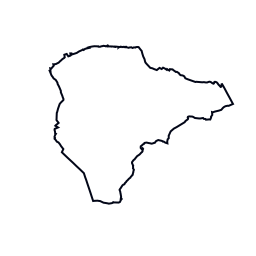 outline of Naranjal, Veracruz, Mexico, rotated 108°
{"feature_id": "50627088B92429931973873", "entity_name": "Naranjal", "entity_type": "district", "adm_level": 2, "iso_a3": "MEX", "parent_name": "Mexico", "parent_adm1": "Veracruz", "projection": "natural_earth1", "projection_center": [-96.958, 18.798], "detail": "fine", "context": "isolated", "style": "outline", "palette": "ink", "viewbox_px": 256, "rotation_deg": 108, "n_neighbors": 0, "source": "geoboundaries", "source_scale": "gbopen_adm2", "svg_char_len": 4747}
<svg xmlns="http://www.w3.org/2000/svg" viewBox="0 0 256 256"><g transform="rotate(108 128 128)"><path d="M201.8,113.8L200.8,112.8L199.8,112.7L199.0,112.5L198.2,112.9L197.4,112.1L197.1,112.3L197.0,112.6L197.0,112.8L196.9,113.1L195.3,113.4L193.3,114.5L193.1,114.5L192.1,115.2L191.3,115.5L189.9,116.5L189.5,116.9L189.1,116.9L188.4,116.7L187.5,116.4L186.4,116.1L185.8,116.0L184.9,115.7L184.4,115.6L183.4,115.0L183.2,114.8L182.7,114.1L182.3,114.0L181.1,113.8L180.3,113.3L180.1,113.2L178.9,112.9L178.1,112.4L177.7,112.2L176.1,111.5L175.3,111.0L174.5,110.4L173.7,110.3L172.8,109.9L172.5,109.7L171.2,109.3L171.1,109.1L170.8,109.1L169.6,109.3L169.1,109.3L168.7,109.3L168.2,109.3L167.6,109.5L165.9,109.5L165.1,110.4L164.8,110.8L163.8,111.0L162.4,111.6L162.2,111.5L160.2,113.3L159.3,113.6L157.3,113.0L156.3,112.5L155.9,112.1L154.7,111.7L151.9,110.6L150.4,109.4L149.6,108.8L147.0,107.6L146.5,107.2L145.6,107.0L144.1,107.3L143.2,107.2L142.7,107.9L143.8,108.6L143.0,109.8L141.8,110.1L141.5,110.2L141.0,109.9L140.3,109.4L139.2,108.9L138.0,107.8L137.1,107.7L136.2,106.0L136.1,105.6L135.9,103.3L135.7,102.4L135.7,101.6L135.6,100.7L135.0,99.7L134.1,98.6L133.9,98.0L131.7,97.2L130.1,95.5L130.0,94.2L129.8,92.3L129.9,90.7L130.1,90.6L129.9,89.7L130.2,88.8L130.4,88.0L130.4,86.9L130.4,85.8L128.9,86.5L127.0,86.7L126.6,86.8L125.2,86.1L123.0,86.8L122.8,86.9L118.2,86.4L117.9,86.3L114.4,84.2L112.1,82.0L108.6,79.0L105.0,75.9L103.6,75.5L102.8,74.9L102.7,74.9L101.8,74.2L101.4,73.9L101.1,73.8L100.7,73.7L100.3,73.8L99.9,74.2L99.4,74.5L99.1,74.4L98.8,74.4L98.3,73.8L97.9,73.0L97.7,71.9L97.3,70.7L97.3,69.5L97.8,67.4L97.0,63.5L96.6,62.2L95.3,59.7L95.9,58.7L95.5,57.2L95.6,56.8L96.0,56.4L94.8,53.6L94.5,52.4L92.4,52.2L91.6,52.5L89.5,51.9L86.9,53.0L86.9,52.2L85.7,50.7L85.0,49.6L83.5,47.1L81.9,44.9L79.5,43.9L78.5,43.3L77.2,42.1L76.6,41.1L76.0,40.0L75.8,39.1L72.7,35.6L71.0,37.4L68.3,40.2L65.6,43.1L64.0,44.8L61.0,47.9L59.3,49.7L57.7,51.5L57.2,52.1L57.5,52.5L58.9,52.3L59.9,52.1L60.3,52.6L59.8,53.5L59.3,54.3L58.7,55.5L57.8,56.6L57.2,57.7L57.1,58.7L57.2,59.6L57.7,60.1L57.9,60.2L58.7,60.0L59.4,60.3L59.4,61.2L59.1,62.3L58.8,63.0L58.7,64.5L58.9,65.0L59.4,65.8L60.1,66.6L60.3,67.0L60.6,67.9L60.8,69.0L60.9,69.9L61.6,71.5L62.9,77.2L63.4,78.1L63.2,86.5L63.0,88.8L62.4,89.5L61.5,90.4L61.2,91.6L61.2,92.8L61.5,94.1L61.1,95.5L60.3,96.2L59.7,98.0L59.5,98.9L59.9,99.8L59.5,101.0L58.9,102.9L58.5,103.7L59.1,106.3L59.9,106.3L60.6,106.5L59.9,109.0L60.7,109.1L60.2,110.8L60.0,111.7L59.8,113.3L61.5,114.2L61.1,116.6L62.0,117.2L64.0,118.5L63.9,121.5L63.7,123.0L63.7,123.5L63.9,125.4L61.3,130.1L60.3,131.7L58.9,132.7L57.5,133.5L55.3,135.6L52.9,137.3L50.4,138.9L50.1,139.5L48.7,141.6L47.8,142.9L47.9,143.7L48.1,144.1L48.5,145.3L49.2,145.8L49.5,147.3L49.9,147.7L50.5,148.5L50.2,149.7L50.9,151.4L51.5,152.1L51.6,153.8L51.6,154.1L51.8,154.7L51.4,154.9L51.7,155.8L52.1,156.0L52.3,156.7L52.1,157.1L52.3,157.6L52.9,158.6L52.8,158.9L52.9,160.0L53.2,160.1L53.6,160.9L53.6,161.3L54.0,161.6L53.7,161.6L54.3,164.6L54.8,164.9L54.9,165.4L54.6,165.6L54.8,166.4L55.1,166.8L55.1,167.1L55.3,168.1L55.4,168.6L55.8,169.1L55.7,169.6L56.6,172.2L55.9,172.4L55.7,172.8L56.8,173.8L57.2,174.1L57.2,174.4L57.1,174.8L57.1,175.3L57.3,175.7L57.4,176.7L57.9,177.4L58.6,178.7L59.0,179.2L59.3,179.6L59.6,180.4L59.8,181.2L59.5,181.5L59.7,182.1L60.0,183.1L60.6,185.2L61.6,187.3L63.0,189.8L63.6,190.6L63.9,189.8L65.9,193.2L67.5,194.3L67.2,195.1L68.0,195.7L70.4,198.3L72.5,200.0L75.3,203.9L74.5,204.7L74.9,205.9L76.4,205.2L76.7,205.0L77.2,205.4L78.3,206.9L76.5,209.2L78.0,211.2L80.4,210.0L81.3,210.5L82.8,211.7L84.7,212.7L85.2,213.1L87.2,214.1L89.4,216.3L89.7,216.8L90.0,217.5L90.4,218.2L90.5,218.7L91.5,218.1L91.7,217.9L95.3,219.4L95.3,220.0L95.3,220.4L98.1,219.2L97.8,219.8L97.9,220.1L101.7,216.9L103.0,215.0L103.2,214.9L103.9,213.9L104.6,211.6L106.6,209.2L107.9,208.5L109.7,206.6L111.5,205.0L113.5,203.3L114.8,202.9L117.7,200.4L119.0,199.5L120.4,198.3L121.4,198.1L122.4,198.6L124.7,199.8L126.3,200.4L131.3,200.5L134.7,200.3L135.6,200.4L139.2,199.4L140.9,198.9L142.5,198.5L143.4,197.3L143.8,196.7L144.2,196.1L144.4,195.9L144.6,195.6L144.9,195.8L145.2,195.9L147.3,197.3L147.8,197.6L148.3,197.8L149.1,194.7L151.5,197.4L152.5,197.3L153.2,196.8L153.7,196.5L154.6,196.0L155.9,195.5L155.9,194.8L157.1,195.1L158.9,195.2L159.4,195.1L159.9,194.4L160.7,194.5L160.7,194.2L161.2,194.0L161.5,193.4L163.0,191.4L163.2,189.7L164.5,187.7L165.9,186.1L168.0,183.0L171.5,183.4L172.4,181.6L174.9,176.4L176.2,173.6L178.0,169.7L180.3,165.0L182.1,161.1L184.6,156.0L188.2,153.4L190.2,151.8L194.3,148.8L198.6,145.6L202.0,143.1L204.1,141.6L208.2,138.6L207.8,137.8L206.6,134.7L206.1,131.8L206.6,128.2L206.2,125.9L205.9,123.6L205.9,122.9L204.5,120.2L203.7,119.2L203.1,119.1L203.1,118.3L201.8,113.8Z" fill="none" stroke="#020617" stroke-width="2"/></g></svg>